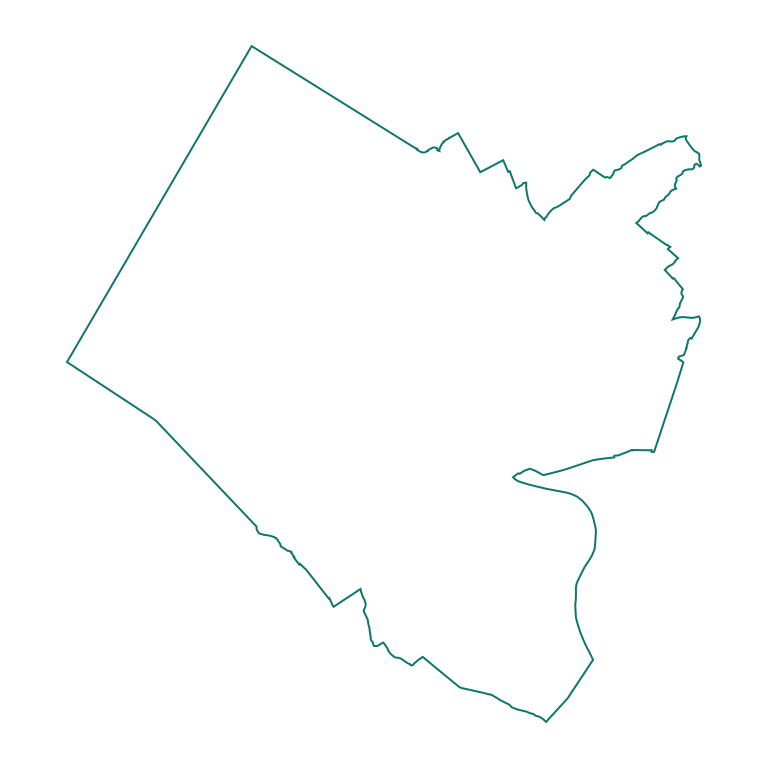 Katwijk, Zuid-Holland, Netherlands
{"feature_id": "6326949B10451218555657", "entity_name": "Katwijk", "entity_type": "district", "adm_level": 2, "iso_a3": "NLD", "parent_name": "Netherlands", "parent_adm1": "Zuid-Holland", "projection": "albers", "projection_center": [4.44, 52.19], "detail": "fine", "context": "isolated", "style": "outline", "palette": "teal", "viewbox_px": 768, "rotation_deg": 0, "n_neighbors": 0, "source": "geoboundaries", "source_scale": "gbopen_adm2", "svg_char_len": 6113}
<svg xmlns="http://www.w3.org/2000/svg" viewBox="0 0 768 768"><path d="M546.1,721.9L548.8,718.9L567.5,698.5L593.1,659.8L589.3,652.1L586.1,646.0L584.4,642.3L583.0,639.0L580.3,632.5L579.2,628.7L578.1,625.8L577.6,623.9L576.4,619.5L575.9,617.3L575.8,615.6L575.7,612.5L575.4,608.8L575.3,605.4L575.3,604.0L575.7,601.2L576.0,593.7L575.9,587.9L576.5,584.0L577.1,582.5L577.7,581.0L580.2,575.8L584.7,566.9L589.4,559.9L592.0,555.4L593.8,551.1L594.4,549.3L594.8,547.8L594.9,546.8L595.2,543.0L595.4,539.5L595.8,534.5L595.9,531.2L595.6,528.4L595.3,526.7L594.9,525.0L594.1,521.6L593.2,518.0L591.8,513.7L590.8,511.7L588.5,507.9L587.3,506.4L582.9,501.3L582.1,500.5L577.9,497.2L576.1,496.1L574.4,495.3L572.3,494.4L568.8,493.2L566.8,492.7L545.9,488.7L529.0,484.6L522.0,482.5L519.0,481.5L517.7,481.0L516.4,480.1L514.7,478.9L513.1,477.2L517.6,473.7L518.1,473.5L518.8,473.4L519.7,473.8L523.6,471.1L529.8,468.7L534.8,470.6L537.9,472.2L542.3,474.7L543.6,475.1L560.2,470.9L566.4,469.1L592.9,460.2L599.0,459.2L606.9,458.2L614.3,457.4L614.3,455.9L614.5,455.6L617.5,455.5L618.3,455.4L630.1,450.8L631.1,450.2L632.2,450.3L632.2,450.0L649.4,450.3L651.6,450.2L651.4,451.8L654.1,451.9L676.9,383.2L683.3,362.5L683.0,361.8L678.6,359.1L678.7,358.9L678.1,358.6L678.7,356.7L683.9,355.0L686.6,348.1L686.2,348.0L687.6,343.4L688.2,340.3L688.7,339.5L689.4,338.7L690.4,338.0L691.5,338.7L698.5,326.9L700.2,321.5L699.9,318.6L699.0,316.4L696.1,317.2L692.5,317.9L689.7,317.7L683.9,317.1L680.9,317.2L679.1,317.5L677.1,318.0L672.7,319.4L675.1,315.0L675.4,314.3L676.4,311.5L676.9,310.4L679.2,307.3L679.5,306.6L680.0,303.4L680.4,302.5L683.0,297.4L683.1,296.9L681.4,293.6L681.6,291.5L681.9,290.6L682.3,289.9L682.9,289.3L673.8,278.2L672.8,278.6L664.7,269.9L665.6,269.2L667.7,267.0L669.4,265.9L672.5,264.3L673.3,263.7L673.9,263.1L675.6,260.6L676.7,259.3L678.1,258.2L667.9,249.2L669.3,247.4L670.2,246.9L667.0,244.7L666.5,244.9L666.2,244.7L648.3,232.3L647.7,233.4L636.3,223.0L638.8,221.0L641.6,217.5L642.4,216.8L644.2,216.1L645.9,216.0L646.4,215.8L650.0,213.0L651.9,212.6L652.6,212.3L654.0,211.2L655.4,209.8L656.8,207.8L657.6,205.6L658.0,204.7L659.0,202.6L659.6,201.9L659.9,201.6L663.8,199.8L663.7,199.6L664.1,199.3L665.0,197.7L665.6,196.9L668.7,194.5L670.4,191.7L670.9,191.1L672.7,189.9L674.6,189.2L676.1,188.8L676.2,188.7L676.1,188.3L675.2,187.2L674.9,186.7L674.8,185.7L675.1,184.2L675.4,183.3L676.7,180.7L676.7,180.2L676.3,179.0L676.3,178.2L676.5,177.9L677.5,176.7L681.8,174.2L682.3,173.7L682.9,171.5L684.6,170.4L686.0,169.9L688.9,169.3L691.7,169.4L692.5,169.1L694.0,167.9L694.2,167.7L694.2,166.0L694.4,165.2L695.5,164.2L696.4,163.7L696.9,163.9L699.8,166.4L700.0,166.5L700.6,166.0L700.9,165.6L701.0,165.4L700.9,165.1L700.6,163.9L700.4,162.8L699.5,160.5L699.3,159.7L699.2,158.6L699.4,155.9L699.2,154.3L699.0,153.7L698.2,153.1L694.0,150.6L692.2,148.5L689.8,145.3L686.3,140.2L686.0,139.5L685.8,138.9L685.7,137.9L685.7,137.6L686.5,136.3L686.0,136.2L683.6,136.4L681.8,136.8L678.1,137.8L676.7,138.3L676.4,138.5L674.9,140.4L673.9,141.1L672.9,141.4L671.4,141.5L667.7,141.2L666.8,141.4L663.3,143.0L662.4,143.5L660.6,144.8L659.9,144.0L644.7,151.7L639.1,154.2L636.7,155.6L632.6,158.9L630.8,160.2L629.3,161.1L625.8,163.7L623.7,164.9L622.5,165.5L622.2,165.7L621.8,166.3L621.6,167.5L621.4,167.9L620.3,168.7L619.3,169.3L615.1,170.4L614.8,170.5L614.4,171.1L613.7,172.1L613.4,173.1L613.4,173.6L613.0,174.3L611.9,175.7L610.5,177.7L610.1,178.0L607.2,177.0L605.3,177.5L604.9,177.5L599.8,174.1L593.6,169.9L593.4,169.7L593.0,169.8L590.0,172.9L589.9,173.9L589.7,174.9L589.0,175.9L588.0,176.7L585.0,179.6L580.8,184.5L571.6,195.1L571.0,195.9L570.2,198.1L569.7,199.0L559.9,205.3L557.0,207.0L554.1,208.1L553.0,208.7L549.2,212.6L547.6,214.8L546.5,216.8L546.1,217.2L544.9,218.1L544.3,219.9L540.6,216.0L539.2,214.8L537.9,213.3L537.3,213.3L536.6,213.2L536.1,212.9L535.7,212.6L535.3,212.1L535.0,211.3L532.1,207.3L530.9,205.3L528.6,200.4L527.7,197.2L526.6,191.1L526.3,189.0L526.2,187.5L526.2,182.6L523.3,183.0L523.0,183.6L521.7,185.1L516.2,188.3L515.5,187.1L514.5,184.0L511.6,176.3L509.9,171.3L508.2,171.9L503.2,160.2L480.3,172.2L458.1,133.1L450.1,137.5L449.4,137.7L449.5,138.0L445.7,140.1L443.5,141.7L443.8,142.1L442.7,143.2L441.8,144.2L441.0,145.6L440.4,146.8L439.9,148.2L439.5,149.4L439.3,150.4L439.3,150.7L439.4,151.0L437.3,150.3L437.4,149.2L437.4,148.7L437.2,148.3L437.0,148.2L435.1,147.6L433.9,147.4L432.7,147.6L427.7,150.4L428.0,150.8L425.3,152.2L424.4,152.4L423.1,152.5L421.8,152.3L420.9,152.0L420.1,151.6L416.8,149.6L417.2,148.8L414.4,147.6L251.6,46.1L67.0,362.1L151.8,417.8L156.3,421.1L255.3,525.3L256.6,526.9L256.6,527.4L256.5,528.1L256.6,529.0L257.0,530.1L257.7,531.3L259.0,533.2L260.1,533.8L264.3,534.9L267.9,535.3L270.5,535.9L273.6,536.9L275.2,537.7L275.8,537.8L277.8,540.1L278.2,541.1L280.3,544.2L280.6,545.9L281.3,546.8L282.0,547.3L283.4,547.9L284.1,548.3L285.6,549.3L287.2,550.6L288.7,550.9L289.7,551.3L290.6,551.4L291.3,551.9L291.5,552.2L291.1,552.5L294.3,556.9L293.7,557.3L299.2,564.6L299.9,563.8L306.3,569.9L328.8,598.6L329.4,598.1L332.4,604.9L333.6,606.8L360.5,589.0L361.1,591.8L361.9,594.0L362.9,597.1L364.2,599.2L364.5,599.9L365.7,603.9L365.6,605.3L365.5,606.3L364.9,607.7L364.2,609.2L363.7,610.7L363.8,611.1L363.9,611.6L364.5,612.9L367.3,618.8L367.9,620.5L368.1,622.6L368.7,625.5L369.5,628.4L369.7,631.0L370.0,632.4L370.1,633.7L370.5,635.4L370.7,636.6L370.7,638.7L370.8,639.5L371.6,640.9L372.6,642.1L373.8,645.7L374.0,645.9L374.2,646.0L377.2,646.0L382.3,643.0L383.2,642.5L384.0,643.4L384.6,644.2L387.7,648.8L387.9,649.8L389.2,652.0L389.8,652.9L391.6,654.7L394.3,657.0L394.8,657.3L399.2,658.0L400.1,658.3L401.5,659.0L405.8,662.0L407.3,663.0L408.7,663.7L410.1,664.2L410.3,664.4L410.5,665.1L410.9,665.3L412.0,665.3L413.0,665.0L414.0,663.7L414.8,662.9L419.1,659.3L420.8,658.3L421.5,657.6L422.7,656.9L438.3,669.8L458.7,686.6L459.7,687.2L461.0,687.8L462.3,688.2L483.1,692.8L490.1,694.6L490.3,694.4L492.9,695.6L497.0,698.0L500.0,700.0L507.7,703.9L509.2,704.5L511.3,706.9L512.0,707.4L517.8,709.6L521.4,710.4L525.8,711.5L527.6,712.1L529.9,713.2L533.2,713.9L535.8,715.8L536.7,716.1L539.3,716.7L540.5,717.3L544.1,720.0L546.1,721.9Z" fill="none" stroke="#0f766e" stroke-width="2"/></svg>